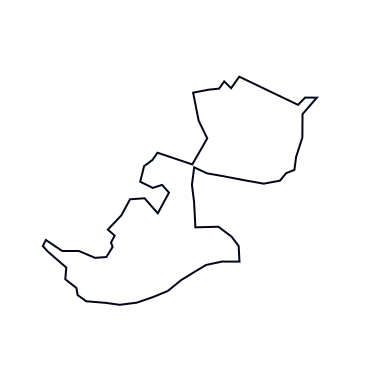 outline of Yazyavan, Ferghana, Uzbekistan, rotated 130°
{"feature_id": "79887680B59640879655565", "entity_name": "Yazyavan", "entity_type": "district", "adm_level": 2, "iso_a3": "UZB", "parent_name": "Uzbekistan", "parent_adm1": "Ferghana", "projection": "orthographic", "projection_center": [71.634, 40.657], "detail": "fine", "context": "isolated", "style": "outline", "palette": "ink", "viewbox_px": 384, "rotation_deg": 130, "n_neighbors": 0, "source": "geoboundaries", "source_scale": "gbopen_adm2", "svg_char_len": 972}
<svg xmlns="http://www.w3.org/2000/svg" viewBox="0 0 384 384"><g transform="rotate(130 192 192)"><path d="M115.2,255.0L133.1,232.7L141.1,214.8L170.7,209.5L184.1,243.7L192.9,242.9L203.0,245.3L217.4,238.3L214.1,224.7L205.8,219.5L207.3,209.2L230.3,204.5L227.3,224.3L237.4,234.8L255.3,231.1L274.9,232.3L275.1,223.2L282.7,221.6L285.1,217.5L296.9,215.8L304.8,224.0L309.9,240.7L320.6,253.5L322.7,273.1L329.3,271.5L330.3,264.6L330.7,239.7L340.3,233.0L339.8,218.9L344.5,213.3L343.7,202.8L332.3,186.7L324.9,174.9L312.3,163.2L296.8,153.9L283.3,146.9L266.5,143.7L252.4,139.0L238.8,134.3L226.0,124.3L214.8,110.9L203.4,121.5L200.8,132.8L201.6,149.4L216.9,166.7L210.3,172.8L198.0,184.3L186.5,196.7L171.7,206.2L168.0,192.4L160.7,179.8L149.2,159.2L139.5,142.4L126.8,131.9L117.1,132.0L109.2,127.8L98.2,134.8L79.3,142.5L61.3,157.4L39.5,157.0L46.9,166.0L57.1,166.8L73.3,229.9L87.3,228.8L86.6,238.4L95.4,237.7L102.9,245.0L115.2,255.0Z" fill="none" stroke="#020617" stroke-width="2"/></g></svg>